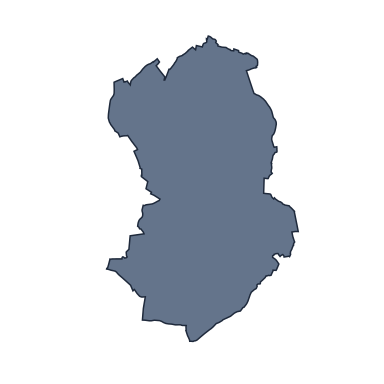 Sacueni, Bihor, Romania, rotated 250°
{"feature_id": "2599482B16582561953184", "entity_name": "Sacueni", "entity_type": "district", "adm_level": 2, "iso_a3": "ROU", "parent_name": "Romania", "parent_adm1": "Bihor", "projection": "natural_earth1", "projection_center": [22.114, 47.344], "detail": "fine", "context": "isolated", "style": "filled", "palette": "slate", "viewbox_px": 384, "rotation_deg": 250, "n_neighbors": 0, "source": "geoboundaries", "source_scale": "gbopen_adm2", "svg_char_len": 5999}
<svg xmlns="http://www.w3.org/2000/svg" viewBox="0 0 384 384"><g transform="rotate(250 192 192)"><path d="M287.0,295.4L287.9,295.2L288.1,295.2L288.1,295.5L288.3,296.2L288.6,296.8L288.9,297.0L291.5,298.1L293.5,298.6L294.5,298.6L297.2,297.0L298.9,295.9L299.7,294.7L301.5,293.3L303.2,292.1L303.5,290.1L304.0,290.5L304.1,288.4L304.0,287.6L304.2,287.2L305.4,286.3L307.3,283.9L307.7,283.7L309.0,284.1L312.1,280.3L310.4,279.5L311.5,277.2L312.2,276.5L312.9,276.5L313.7,275.3L315.2,274.1L316.2,273.4L317.9,269.6L319.7,267.2L320.3,266.3L320.6,266.3L321.4,266.6L321.5,266.8L322.3,266.5L323.6,265.8L324.3,265.4L324.5,265.4L325.4,266.4L325.9,266.4L327.2,266.0L327.7,265.6L328.0,265.1L328.7,264.0L329.0,263.7L330.8,262.8L332.0,261.9L332.7,261.0L333.0,260.6L330.4,258.6L331.1,258.0L330.5,257.8L329.6,257.6L328.5,257.4L327.9,257.1L327.7,256.7L327.5,255.9L327.6,254.4L327.5,253.8L327.1,253.1L324.8,251.3L328.1,246.2L324.4,244.0L328.0,242.0L326.3,236.7L326.0,236.6L324.5,232.9L324.3,231.9L323.9,230.1L323.7,230.0L323.6,229.7L323.6,228.3L323.7,226.8L323.3,224.5L323.2,224.1L322.5,223.8L321.0,222.4L319.6,220.6L319.2,219.8L318.1,218.6L315.4,214.3L314.8,213.1L315.3,212.5L315.2,212.3L313.1,210.6L309.4,207.4L306.5,204.7L306.8,204.1L309.2,205.7L309.5,205.8L316.6,203.4L322.9,201.5L324.1,204.1L325.3,205.9L329.1,204.9L328.6,203.7L327.3,200.1L327.7,200.0L326.8,196.8L326.9,195.0L326.7,193.3L326.0,191.0L324.3,187.6L322.2,184.4L320.7,180.0L319.6,178.0L319.2,176.4L318.6,175.2L317.5,173.1L316.4,172.1L313.7,170.6L317.3,169.3L318.4,169.2L318.3,166.8L318.6,166.7L318.6,165.7L322.3,165.7L322.0,159.2L321.8,156.3L315.0,154.0L311.4,152.6L310.5,152.0L309.7,151.4L307.0,147.6L306.1,146.7L304.0,145.5L301.2,144.0L294.3,140.4L293.0,139.8L290.1,138.6L286.0,138.3L284.4,138.6L283.2,138.7L277.1,140.5L275.7,140.4L274.8,141.2L272.6,142.8L268.5,143.1L268.5,143.5L268.5,144.6L268.2,146.5L268.0,147.4L267.2,149.8L267.1,150.9L259.8,152.8L257.4,153.6L256.6,153.8L252.6,155.1L251.3,155.3L250.5,155.3L250.1,151.4L239.9,152.0L232.6,151.6L232.0,151.2L230.7,152.6L224.9,150.6L225.0,150.1L223.8,149.7L216.9,154.0L210.8,149.9L205.6,153.8L204.4,152.6L202.0,155.1L196.3,159.5L195.2,158.2L195.1,156.4L194.9,155.5L194.5,152.8L194.4,151.3L194.4,150.5L194.9,148.0L195.6,144.9L195.7,144.3L195.5,142.9L195.8,142.2L196.2,141.6L192.2,138.9L191.2,138.6L188.9,138.4L187.2,137.8L186.3,137.3L185.6,136.7L184.8,135.1L184.3,133.8L183.5,132.6L182.4,131.6L181.2,130.7L178.4,129.2L177.3,129.9L176.9,130.1L175.5,130.1L175.3,130.2L175.1,130.5L174.8,131.3L171.1,132.5L169.6,132.6L169.1,132.6L170.7,125.1L172.0,118.9L159.7,113.1L158.2,109.8L157.7,109.5L154.3,108.6L153.9,108.7L153.4,108.9L153.1,108.8L152.7,107.9L152.9,106.2L154.0,105.6L154.7,104.9L154.7,104.6L154.6,104.3L154.4,104.1L154.0,103.7L153.1,103.3L155.4,96.9L156.4,94.0L156.8,92.2L157.0,92.0L152.2,88.7L149.9,87.0L149.3,85.7L148.8,85.4L148.1,86.7L147.3,87.8L146.3,89.0L144.6,91.7L143.8,92.8L142.3,93.8L141.1,94.1L138.9,95.1L135.9,96.8L130.9,99.5L125.4,102.4L119.3,102.7L120.2,104.4L120.2,104.5L115.4,105.7L113.7,106.4L112.0,107.1L111.2,107.9L110.4,109.0L109.5,112.3L99.3,106.5L88.6,101.6L87.7,103.8L86.4,106.3L85.7,107.6L84.9,109.7L84.4,112.8L83.2,115.4L82.2,117.6L80.6,119.4L79.1,120.6L77.4,122.5L76.1,124.8L74.8,127.7L72.9,130.8L72.2,132.8L71.6,134.6L71.0,136.0L70.4,136.6L69.9,137.3L68.5,140.9L67.3,140.2L64.0,139.2L64.0,138.9L58.5,138.7L56.8,138.9L54.0,139.1L52.5,138.8L52.0,140.2L51.2,141.9L51.3,143.2L51.0,144.5L51.2,146.2L52.8,150.3L54.7,155.5L56.7,161.7L57.0,163.0L58.0,165.6L60.1,169.8L60.1,171.7L60.2,173.1L60.9,176.5L61.4,177.5L62.1,185.8L63.7,190.3L64.1,193.4L63.6,196.8L65.9,200.2L66.0,200.7L65.9,201.4L67.7,204.3L68.7,205.6L70.4,207.3L75.5,211.4L77.5,213.4L77.6,213.6L79.0,217.3L79.2,218.9L79.4,219.4L81.0,220.9L81.3,221.0L82.3,221.1L82.7,221.6L82.9,222.2L82.9,222.8L82.4,224.3L82.4,224.7L82.6,224.9L84.1,225.6L85.0,228.0L86.6,231.5L86.9,231.9L87.7,232.7L87.8,233.1L87.5,233.4L87.5,234.2L87.5,235.4L87.1,235.9L86.8,237.0L86.7,237.8L88.2,239.2L90.1,241.1L90.8,241.4L89.6,244.2L90.4,245.1L94.6,249.0L97.8,248.2L99.2,247.8L100.6,247.1L103.0,245.4L104.5,246.0L104.8,247.6L105.3,247.8L105.2,248.2L105.2,248.4L105.4,249.3L105.4,249.7L105.2,250.0L105.1,250.8L105.1,251.0L104.8,251.5L104.7,251.8L103.3,252.0L102.8,252.2L101.3,252.7L101.5,253.1L101.9,253.9L102.2,255.9L101.1,256.3L100.3,256.5L99.4,256.3L98.6,260.5L98.5,261.2L98.3,261.4L97.9,261.6L99.6,263.3L100.2,263.4L100.6,263.5L100.8,263.4L101.1,263.7L102.1,264.1L102.4,264.3L102.9,264.9L104.4,266.5L105.4,267.2L105.6,267.5L106.8,268.4L106.9,268.6L106.9,269.0L107.1,269.2L107.6,269.3L107.8,269.3L108.4,269.8L108.9,269.9L109.9,271.4L110.7,271.3L115.8,271.5L120.2,272.2L119.6,275.4L118.5,278.3L125.4,279.4L132.1,280.4L138.6,281.4L138.8,281.7L142.9,279.9L144.5,279.0L145.9,278.5L146.2,277.9L148.0,274.8L149.0,274.0L149.3,273.5L150.0,273.1L151.1,272.8L152.5,271.7L153.7,270.2L156.9,268.0L158.3,267.5L158.1,267.2L157.5,266.4L158.9,265.7L159.3,265.5L159.7,265.4L160.2,265.3L162.5,265.2L162.9,265.1L163.2,264.9L163.4,264.6L163.8,264.0L165.4,260.6L166.3,258.9L180.3,264.5L178.8,267.4L178.6,268.2L179.8,269.3L180.7,270.3L181.0,270.9L181.3,271.4L181.6,272.8L182.1,273.8L183.7,273.2L185.6,274.1L187.1,275.1L188.3,275.5L190.1,275.9L190.9,276.2L191.6,276.7L191.9,276.3L192.4,276.4L195.5,278.8L198.3,280.4L199.0,281.1L199.4,281.9L199.8,282.5L200.3,283.0L200.7,283.6L200.5,284.9L200.5,285.3L200.8,285.6L201.8,286.0L203.0,286.3L203.3,286.5L205.5,287.1L205.9,284.6L206.4,284.6L206.6,284.4L207.9,284.4L208.7,284.5L213.1,284.7L214.3,284.9L215.4,285.4L216.9,286.3L217.5,286.7L217.8,287.2L218.2,288.2L219.7,289.8L221.1,290.9L223.4,292.4L226.9,294.4L228.6,294.9L229.6,295.0L231.7,294.8L233.8,294.0L234.2,293.9L240.2,294.5L241.6,294.5L243.9,294.2L245.5,293.9L246.6,293.5L250.1,292.6L252.3,292.1L253.0,291.7L254.8,291.0L256.1,290.2L257.8,289.2L259.8,287.7L261.5,285.6L262.5,284.9L263.3,284.0L266.9,284.0L280.6,284.4L286.8,284.6L287.4,284.6L287.2,287.5L287.4,290.1L287.3,292.7L286.9,294.1L286.9,295.2L287.0,295.4Z" fill="#64748b" stroke="#1e293b" stroke-width="1.5"/></g></svg>